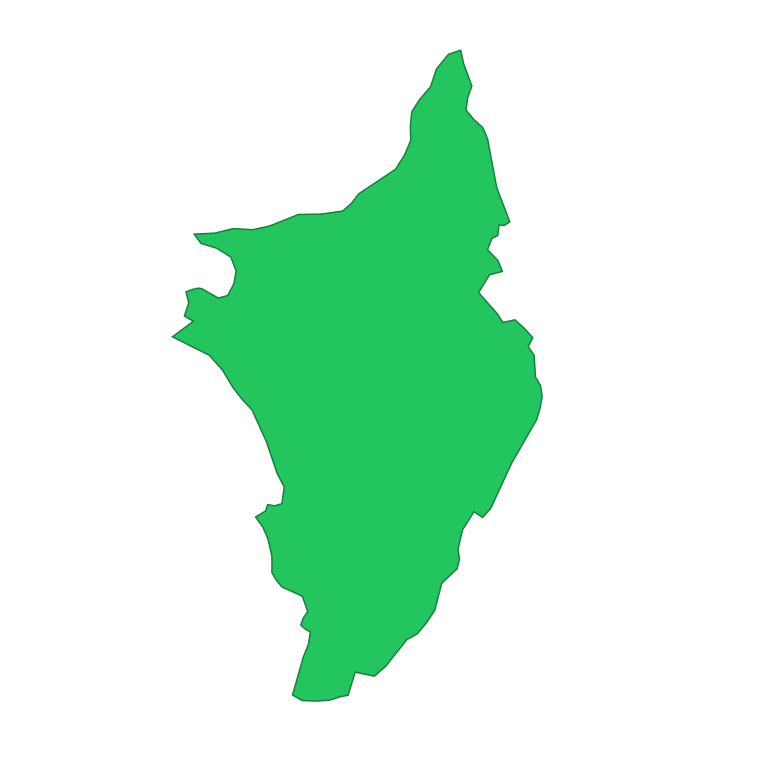 an SVG outline of Ratnapura, rotated 237°
{"feature_id": "LKA-2463", "entity_name": "Ratnapura", "entity_type": "District", "adm_level": 1, "iso_a3": "LKA", "parent_name": "Sri Lanka", "parent_adm1": "", "projection": "robinson", "projection_center": [80.592, 6.578], "detail": "fine", "context": "isolated", "style": "filled", "palette": "green", "viewbox_px": 768, "rotation_deg": 237, "n_neighbors": 0, "source": "natural_earth", "source_scale": "10m", "svg_char_len": 1563}
<svg xmlns="http://www.w3.org/2000/svg" viewBox="0 0 768 768"><g transform="rotate(237 384 384)"><path d="M613.1,306.4L602.8,324.0L596.3,342.4L584.9,357.9L578.9,373.7L572.8,404.5L560.9,423.5L551.5,443.7L553.4,455.4L557.3,466.6L557.8,510.6L564.8,525.8L573.7,539.1L585.7,546.4L597.1,555.5L603.1,568.5L608.0,585.0L619.6,599.6L625.4,617.7L622.2,630.1L609.1,625.2L586.1,620.0L578.8,610.4L569.2,602.0L557.3,603.3L545.3,606.5L533.3,604.4L487.3,585.5L451.5,577.8L451.5,571.0L454.8,567.2L446.7,560.4L447.3,553.8L440.3,544.0L425.2,546.8L414.0,544.6L418.1,531.9L409.1,513.1L381.5,517.2L370.8,517.3L366.5,528.8L354.2,532.0L341.9,534.0L336.6,525.2L326.5,525.6L307.0,514.7L297.6,514.5L287.1,509.6L278.5,501.5L270.9,492.5L248.2,448.1L221.7,406.0L218.4,394.0L227.9,389.9L218.8,370.3L204.9,355.9L196.1,352.0L189.2,344.7L185.5,324.0L166.4,303.1L160.3,288.8L156.3,275.5L157.2,264.1L146.3,231.5L144.2,216.8L158.0,202.9L142.6,184.4L145.8,176.0L148.5,166.1L155.3,153.9L163.3,142.8L173.0,137.9L199.0,167.7L206.8,178.8L216.3,187.3L220.9,184.5L227.2,182.9L231.8,189.1L234.7,196.0L250.4,200.0L269.4,187.8L277.3,186.9L286.7,187.2L300.2,196.0L317.5,202.4L329.9,204.4L342.4,203.9L342.0,215.6L346.2,220.8L341.4,225.9L339.2,233.2L352.1,244.3L367.3,245.7L399.9,254.0L434.2,259.2L447.4,256.8L463.0,255.4L483.8,256.1L503.3,253.1L538.8,232.2L540.5,258.4L545.2,255.8L549.8,253.7L558.3,264.4L569.1,268.1L567.6,274.8L565.6,280.3L563.2,283.1L546.3,291.8L543.3,301.1L549.9,312.9L559.5,321.6L573.8,324.7L588.9,317.7L601.6,307.1L613.1,306.4Z" fill="#22c55e" stroke="#15803d" stroke-width="1.5"/></g></svg>